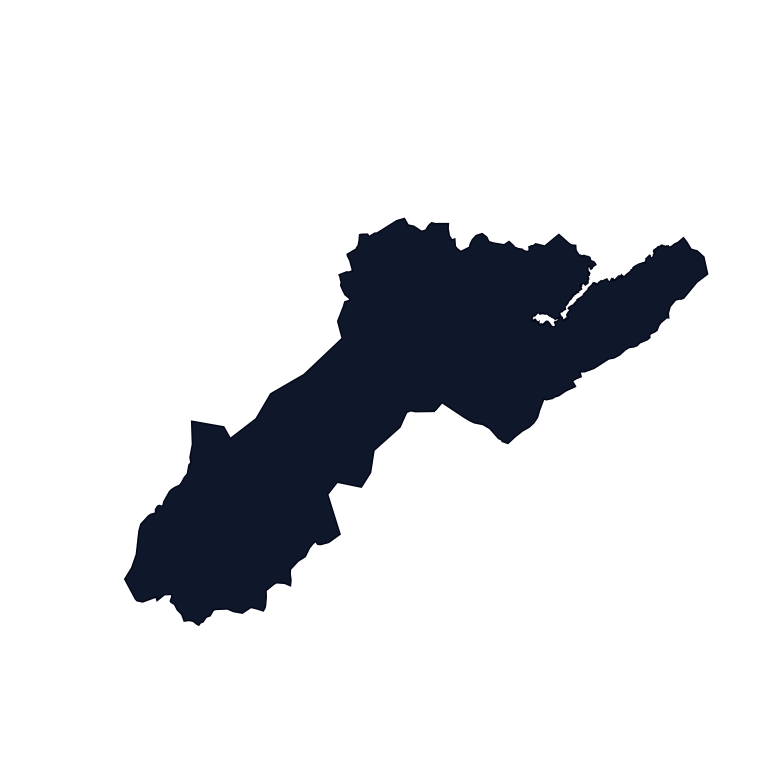 Gaular nor, Sogn og Fjordane, Norway, rotated 141°
{"feature_id": "86288312B84255717767611", "entity_name": "Gaular nor", "entity_type": "district", "adm_level": 2, "iso_a3": "NOR", "parent_name": "Norway", "parent_adm1": "Sogn og Fjordane", "projection": "orthographic", "projection_center": [5.75, 61.331], "detail": "fine", "context": "isolated", "style": "filled", "palette": "ink", "viewbox_px": 768, "rotation_deg": 141, "n_neighbors": 0, "source": "geoboundaries", "source_scale": "gbopen_adm2", "svg_char_len": 6127}
<svg xmlns="http://www.w3.org/2000/svg" viewBox="0 0 768 768"><g transform="rotate(141 384 384)"><path d="M264.0,499.8L271.3,502.9L294.4,505.7L296.4,507.1L302.9,507.9L302.5,510.8L307.4,514.6L309.1,515.3L313.2,511.0L316.9,507.9L319.9,507.0L319.9,506.3L331.0,508.0L331.9,506.1L332.8,501.7L337.1,491.8L341.9,493.5L342.1,494.5L350.2,497.1L351.2,493.9L352.2,492.5L352.9,490.3L355.6,487.9L357.2,482.3L358.1,477.8L357.0,472.5L357.8,470.5L362.7,472.5L367.3,469.4L380.5,461.9L387.7,445.8L440.2,441.7L478.2,447.7L505.3,437.5L537.8,438.3L535.5,451.5L556.9,476.1L570.8,457.7L580.9,449.1L583.2,445.0L584.0,444.3L586.6,443.8L593.5,437.8L597.7,437.1L603.7,434.6L606.7,433.9L611.3,435.2L615.7,435.7L618.6,435.3L629.2,431.1L632.7,428.3L633.7,429.0L635.0,431.0L636.9,431.6L640.5,430.3L642.4,428.0L643.1,427.6L647.4,429.5L650.2,429.7L661.2,428.1L667.0,423.9L683.7,407.4L695.8,399.9L708.3,395.5L712.5,373.5L712.4,371.1L708.7,366.5L695.2,361.9L696.7,358.5L687.1,358.4L681.9,354.5L681.7,354.1L682.1,352.7L686.7,349.7L686.9,348.5L685.5,344.5L686.8,338.5L686.3,333.8L686.3,331.9L688.5,325.5L684.4,323.0L681.9,320.2L681.3,318.6L680.8,315.7L679.7,313.1L677.1,313.9L674.3,313.0L668.9,314.7L665.1,313.3L659.0,315.6L656.6,314.7L647.3,307.8L644.1,301.8L638.3,295.1L628.0,294.1L624.5,289.6L620.6,283.6L617.6,284.8L615.9,286.0L609.7,292.4L605.7,297.7L595.4,297.7L592.6,297.2L586.6,291.6L583.7,286.1L579.8,290.0L576.5,295.4L573.4,298.8L562.2,300.4L553.8,299.4L545.3,303.4L539.8,304.6L536.1,304.8L536.4,301.2L534.3,299.1L526.7,295.7L512.7,294.9L497.3,333.6L482.1,337.1L466.5,318.1L450.2,323.6L433.6,338.7L398.7,340.4L384.3,347.7L380.1,346.4L376.8,342.6L362.2,331.1L361.7,331.6L360.6,331.2L350.6,333.0L342.7,307.8L340.5,301.8L338.3,297.1L332.6,290.2L329.8,282.7L329.3,269.4L328.0,267.3L328.2,264.9L325.1,259.8L315.1,260.5L306.1,260.4L298.4,259.1L292.0,259.5L285.8,261.4L279.8,265.6L269.6,271.6L268.5,270.8L267.8,269.6L262.0,266.7L259.8,266.6L255.4,264.9L247.0,264.2L236.7,261.6L235.7,267.8L231.1,267.1L226.2,265.6L224.1,270.1L220.3,267.2L211.0,264.0L193.6,262.1L188.9,259.5L182.2,258.3L175.2,258.7L170.5,258.1L166.6,255.7L163.3,254.5L159.4,255.0L151.5,252.7L148.1,252.8L147.3,254.3L146.3,255.0L144.7,255.1L141.1,254.1L138.1,253.9L133.4,256.6L130.2,257.4L122.9,257.6L122.1,257.4L121.2,256.2L118.4,260.2L112.9,264.1L104.6,265.8L100.9,264.1L99.6,262.9L96.9,262.1L77.0,266.2L63.3,265.8L55.5,281.4L56.8,290.2L60.5,295.5L59.4,303.4L59.2,309.2L66.2,309.0L70.0,309.9L74.2,310.0L74.9,309.5L74.9,310.2L76.1,310.6L76.4,311.7L76.2,312.4L77.6,312.8L77.5,313.5L79.3,313.9L79.4,315.0L80.3,315.4L80.1,316.1L80.4,316.8L81.2,317.3L84.4,317.3L84.3,318.0L85.4,318.2L86.1,317.9L89.9,318.2L89.9,317.5L91.0,317.6L91.4,316.2L90.7,316.2L90.7,315.8L91.4,315.8L91.4,315.1L93.2,315.0L94.3,313.7L95.3,313.4L96.7,313.6L97.2,315.0L96.4,316.4L96.6,316.9L101.8,316.4L102.2,315.2L105.1,314.3L105.1,313.6L106.0,314.0L106.1,315.1L110.6,316.8L115.4,317.7L117.5,317.6L117.5,316.6L120.3,317.1L120.3,316.4L127.3,316.5L127.7,316.1L131.8,316.7L132.5,316.9L132.5,317.2L130.4,317.5L130.4,317.8L130.7,318.5L131.4,318.6L131.0,319.3L132.4,319.1L133.4,320.2L139.0,319.6L139.1,318.9L139.6,319.3L139.7,320.0L140.4,320.0L139.7,321.7L140.7,321.8L140.7,322.5L142.8,321.8L142.8,321.2L144.9,321.6L145.0,322.6L144.7,325.4L149.9,326.7L150.2,327.6L153.4,327.7L155.8,326.9L156.5,328.4L155.8,328.3L155.9,328.7L156.6,329.4L156.7,330.1L157.8,330.2L157.8,330.9L160.2,330.1L165.1,329.8L165.5,328.9L172.2,328.2L174.0,327.2L180.9,328.0L180.9,327.3L184.8,326.8L184.8,326.1L185.9,326.5L185.9,325.8L188.3,326.7L191.8,327.2L193.2,326.8L193.2,326.1L192.5,326.0L192.5,325.3L191.8,325.3L192.9,324.7L192.9,324.0L195.4,323.9L198.4,322.8L199.0,321.4L198.3,321.4L198.8,320.7L199.1,319.5L201.5,319.8L201.1,320.5L204.3,320.4L204.4,320.6L204.4,322.4L203.6,323.4L203.7,324.4L205.9,325.4L207.4,325.3L207.7,324.9L208.0,323.9L208.7,323.8L211.8,324.1L211.8,324.8L212.8,324.5L213.0,323.1L214.0,321.0L216.1,321.4L216.9,322.5L217.4,323.9L218.1,324.0L217.2,325.0L217.2,329.2L217.9,329.2L217.8,329.9L218.5,329.9L218.5,330.6L221.6,330.4L221.7,329.7L222.4,329.8L222.3,330.4L222.7,330.5L222.7,329.8L224.1,330.2L223.9,331.2L224.0,331.9L226.1,332.0L225.9,333.0L225.3,333.7L226.0,333.8L226.0,334.1L224.9,334.8L225.6,334.8L225.4,335.8L226.1,337.2L225.8,338.3L226.5,338.3L226.1,339.3L227.5,339.4L227.6,338.7L228.3,338.7L228.2,340.5L228.9,340.5L228.5,341.5L226.2,342.5L226.0,343.5L224.6,343.5L224.6,342.8L223.9,342.7L223.9,342.0L221.1,342.5L218.7,342.2L218.6,341.1L218.8,340.4L218.1,340.4L218.1,339.7L216.0,339.3L216.1,338.6L215.4,338.5L215.4,337.8L214.5,337.5L214.7,336.8L213.5,336.4L212.9,334.9L212.5,332.8L211.8,332.8L212.0,332.1L211.4,330.0L210.7,328.9L210.1,326.4L205.4,325.7L203.7,326.2L203.4,327.6L203.6,328.6L201.1,328.7L199.8,328.1L199.7,328.8L195.9,327.9L194.8,330.3L190.6,331.0L188.1,332.3L184.6,332.5L182.1,333.5L181.0,333.2L180.7,334.3L178.6,333.3L176.5,334.1L176.5,333.4L175.1,333.0L175.1,333.7L174.0,333.8L170.6,333.5L170.4,334.2L170.5,335.9L169.4,335.6L169.4,336.3L168.7,336.2L168.7,336.6L169.7,336.6L169.4,337.3L164.2,336.4L164.2,335.7L165.1,335.4L165.3,334.3L161.8,334.2L161.8,335.2L161.1,335.2L161.0,335.9L159.3,336.5L159.6,337.2L158.9,337.2L158.9,337.9L158.2,337.9L158.1,339.6L156.0,339.5L156.0,340.2L154.6,340.3L154.3,341.5L154.7,341.5L154.8,342.3L154.5,342.4L154.1,343.7L152.4,346.4L149.9,346.7L151.1,343.2L150.8,343.0L149.6,342.9L147.6,343.8L144.3,343.4L144.0,344.5L144.0,346.8L145.5,349.5L145.1,351.9L144.6,352.0L144.4,352.7L145.0,354.4L147.4,357.4L147.6,358.2L148.5,358.2L150.1,359.5L150.1,360.2L151.2,361.7L150.9,364.2L151.0,364.8L150.5,367.3L147.8,371.1L150.7,373.9L151.7,376.3L154.0,390.2L172.2,390.0L177.9,397.5L181.1,397.5L182.0,398.4L185.0,399.4L186.9,396.5L188.2,396.3L190.1,397.5L191.4,399.8L191.8,401.8L194.5,404.7L196.3,408.0L196.3,410.5L197.2,416.1L203.0,416.5L209.9,424.3L212.7,428.2L212.8,429.2L211.7,433.6L213.1,439.1L218.9,441.4L224.6,440.5L228.9,438.5L231.4,436.5L240.9,438.6L242.0,443.3L241.9,446.2L237.7,452.2L240.6,453.1L239.9,458.2L236.2,464.7L233.0,468.1L243.2,476.3L245.5,479.3L249.4,479.1L254.8,477.3L258.8,479.0L261.5,487.8L265.2,492.4L264.0,499.8Z" fill="#0f172a" stroke="#020617" stroke-width="1.5"/></g></svg>